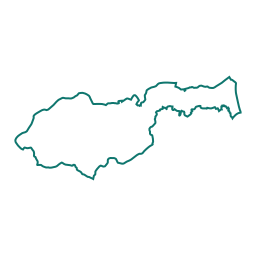 outline of Duy Xuyen, Quàng Nam, Vietnam
{"feature_id": "81297802B11134761285152", "entity_name": "Duy Xuyen", "entity_type": "district", "adm_level": 2, "iso_a3": "VNM", "parent_name": "Vietnam", "parent_adm1": "Quàng Nam", "projection": "mercator", "projection_center": [108.241, 15.795], "detail": "fine", "context": "isolated", "style": "outline", "palette": "teal", "viewbox_px": 256, "rotation_deg": 0, "n_neighbors": 0, "source": "geoboundaries", "source_scale": "gbopen_adm2", "svg_char_len": 5771}
<svg xmlns="http://www.w3.org/2000/svg" viewBox="0 0 256 256"><path d="M18.0,145.5L20.3,147.9L21.4,148.8L22.4,149.3L23.0,149.5L23.9,148.2L24.5,147.6L24.9,147.6L27.1,148.2L28.3,148.1L30.7,147.6L31.0,147.7L31.3,148.0L32.4,149.7L33.6,151.2L33.8,151.7L34.1,153.3L34.0,155.8L34.2,156.3L34.5,156.6L35.4,157.0L35.7,157.5L35.9,158.4L37.6,161.3L37.7,162.3L37.6,163.3L37.2,164.6L37.2,164.8L37.4,165.0L40.5,164.9L41.1,165.0L42.7,166.2L43.6,166.6L45.5,167.3L46.3,167.5L48.5,167.4L49.2,167.7L50.1,167.7L51.5,167.6L55.6,166.7L56.7,166.2L57.5,165.6L58.9,164.4L60.3,163.4L61.7,162.6L62.1,162.7L62.8,163.1L64.1,164.0L65.5,164.6L70.2,165.2L71.8,165.7L72.5,165.6L72.8,165.5L73.2,164.9L74.0,164.8L74.7,165.0L75.0,165.3L75.5,166.8L76.7,167.9L76.9,169.6L77.2,169.9L77.9,170.4L79.7,171.3L80.4,171.7L81.1,172.3L81.6,173.0L82.0,173.8L82.4,174.1L82.8,174.3L83.7,174.4L84.4,174.7L87.6,176.8L89.1,177.0L93.2,179.0L93.8,176.1L94.0,175.6L95.2,174.5L95.3,174.0L95.4,171.5L95.8,170.8L97.1,169.0L99.3,166.5L100.5,165.7L100.9,165.7L101.4,165.8L103.1,166.5L103.9,166.5L104.9,166.3L105.3,165.9L107.3,163.4L107.7,162.7L107.8,162.2L107.8,160.3L108.0,159.4L108.3,159.1L108.9,158.5L110.3,158.0L114.2,158.1L115.0,158.4L115.8,158.8L116.2,159.4L117.6,162.3L117.8,162.6L118.1,162.8L118.8,162.9L122.1,163.7L123.4,163.6L123.9,163.4L126.8,161.6L129.4,160.5L131.2,159.5L136.5,155.4L137.5,154.7L139.3,153.8L140.9,153.8L141.7,153.6L142.5,153.2L144.3,151.0L146.4,149.0L148.5,147.2L150.1,146.0L151.4,145.3L152.4,144.7L152.7,144.2L152.4,143.5L153.0,142.1L153.1,141.7L152.9,138.7L152.3,135.6L152.2,135.3L151.9,135.1L151.3,134.9L150.6,134.6L150.3,134.2L150.0,133.7L150.0,131.5L149.5,130.4L149.4,128.9L149.7,128.3L150.1,127.7L150.7,127.1L151.3,126.8L152.1,126.6L152.6,126.2L155.2,123.3L155.4,122.9L155.4,121.7L155.1,120.1L154.8,119.1L155.3,118.0L155.4,116.5L155.9,116.0L156.7,114.8L156.8,114.4L156.8,114.1L156.6,113.4L156.0,112.4L156.3,111.9L157.0,111.2L158.1,111.0L159.9,110.5L160.0,110.2L159.9,109.8L160.0,109.6L160.3,109.4L162.4,109.0L162.6,108.9L162.8,108.7L162.6,107.1L162.7,106.9L164.2,107.8L164.6,107.7L164.9,107.7L166.6,109.0L166.7,108.9L166.6,107.9L166.7,107.6L167.9,106.5L169.8,106.1L171.1,106.3L172.0,106.8L172.5,106.6L172.6,107.1L172.2,108.3L172.2,109.0L172.3,109.4L172.6,109.8L172.9,110.0L173.6,110.0L173.9,109.7L174.4,109.2L174.5,109.1L176.1,110.3L176.8,110.8L177.8,111.0L178.8,111.0L179.3,111.1L179.5,111.4L179.6,111.9L179.3,113.9L179.2,115.1L179.2,115.3L179.4,115.5L179.6,115.5L179.8,115.4L180.3,114.8L180.7,113.2L181.0,111.5L181.4,110.8L181.6,110.7L182.6,111.4L183.9,111.6L184.1,111.8L184.4,112.7L184.3,114.0L184.4,114.5L184.9,115.3L187.4,116.6L187.6,116.5L190.5,114.4L191.3,113.3L190.9,112.6L191.1,112.3L191.8,111.7L192.1,111.3L192.2,111.2L191.5,110.2L191.5,109.6L191.7,109.4L192.3,109.3L193.5,109.4L194.3,109.2L195.0,108.5L195.7,107.2L196.1,106.8L196.6,106.6L198.9,106.0L199.7,105.9L200.4,106.0L200.6,107.4L200.8,107.7L201.2,107.9L201.8,108.2L202.8,108.4L205.4,108.4L206.1,108.4L206.7,108.6L206.9,108.5L207.2,107.8L207.3,107.8L208.9,108.2L210.5,108.4L211.2,108.4L212.9,107.9L214.6,107.2L214.9,107.2L215.1,107.3L215.9,108.9L216.1,108.9L217.7,108.3L217.9,108.4L219.0,111.1L221.0,109.5L221.4,109.4L221.7,109.4L221.4,108.5L221.4,106.6L222.2,106.5L222.2,105.6L223.6,105.4L223.7,106.0L224.7,105.9L224.9,106.3L225.8,106.3L227.0,108.2L227.8,107.6L228.1,107.5L228.6,108.2L228.8,108.5L228.9,108.9L228.7,109.7L228.4,109.8L228.2,110.1L228.4,110.8L228.5,110.9L229.2,111.0L229.4,111.3L229.7,112.8L229.8,112.9L230.4,113.1L230.5,113.2L230.6,115.3L230.7,115.9L231.1,116.7L231.8,117.0L232.5,118.4L233.1,117.5L233.4,117.2L235.3,115.2L236.6,114.1L237.7,113.5L238.4,113.1L240.6,112.6L240.5,111.5L239.9,110.0L239.0,106.9L237.9,102.1L236.2,94.2L235.9,92.5L235.7,89.7L235.7,87.4L235.8,85.1L236.0,83.7L235.9,83.2L235.8,82.8L235.2,82.2L234.5,81.7L232.3,80.0L231.5,79.7L230.9,79.7L229.3,77.0L225.0,80.2L221.8,82.8L216.3,86.2L214.7,87.3L213.4,87.9L212.2,88.0L209.8,87.8L208.5,87.3L207.7,86.6L207.2,86.5L205.5,86.8L204.1,86.6L201.6,85.7L200.8,85.7L199.9,85.8L198.8,86.4L197.7,87.4L196.8,87.7L194.1,87.8L193.6,87.7L192.5,87.1L191.9,87.0L191.1,87.4L189.7,87.4L188.7,88.0L184.9,89.0L185.3,90.4L184.6,90.8L183.9,89.3L181.0,89.5L178.9,87.9L177.0,87.1L175.4,86.6L176.1,82.9L174.2,83.0L167.7,82.6L165.0,82.6L163.1,82.7L160.0,83.1L158.7,83.5L157.9,84.1L156.3,85.8L155.8,86.2L154.2,86.8L151.3,87.5L148.5,89.0L147.1,90.0L146.7,90.4L146.5,91.0L146.3,92.3L145.9,93.5L144.8,95.2L144.9,97.0L145.3,99.4L145.2,99.8L144.4,100.9L143.3,102.2L141.8,102.5L141.2,102.9L141.0,103.3L140.8,105.6L140.4,105.5L139.9,105.6L139.6,105.8L139.2,105.3L138.7,105.4L137.6,105.4L136.4,104.2L137.4,102.3L138.7,100.7L138.9,100.4L138.8,100.0L137.5,97.8L136.4,96.4L135.6,95.6L135.2,95.3L134.7,95.2L134.0,95.3L133.7,95.5L133.2,96.0L132.1,97.6L131.0,99.7L128.3,98.7L127.4,98.5L126.7,98.6L125.1,99.6L124.0,100.4L122.0,101.7L121.9,100.7L119.0,101.0L118.5,101.2L118.4,101.4L118.4,102.2L118.9,103.0L118.6,103.3L117.7,103.5L116.8,103.5L115.5,103.2L114.7,103.2L113.7,103.0L112.0,103.0L110.3,103.3L108.4,103.3L108.0,103.4L107.5,103.7L105.9,105.1L104.6,104.6L102.0,104.0L98.4,103.9L95.0,104.0L93.4,104.0L93.1,103.7L92.8,103.5L90.3,98.4L89.7,96.9L88.9,95.7L86.7,94.3L85.0,93.5L82.8,92.9L81.6,92.9L80.2,93.0L78.8,93.3L77.2,95.3L75.4,96.2L73.7,97.5L72.5,98.0L71.5,98.4L70.4,98.5L68.2,98.3L65.6,98.3L63.0,97.8L62.6,97.9L61.8,98.2L58.5,99.9L56.5,101.7L53.5,105.0L49.0,108.9L48.1,109.6L47.2,109.9L46.6,110.1L46.3,110.0L44.7,109.6L44.2,109.6L43.5,109.7L42.2,110.1L40.7,110.9L37.1,113.0L35.4,114.1L34.3,115.1L33.8,115.8L33.6,116.2L33.7,117.8L33.6,118.3L32.0,122.7L31.3,124.3L28.8,128.0L27.0,131.0L26.5,131.5L25.3,132.2L23.2,132.8L22.3,133.1L19.3,135.1L17.8,136.3L16.4,137.9L15.7,139.2L15.4,140.0L15.4,140.6L15.5,141.5L15.8,142.4L18.0,145.5Z" fill="none" stroke="#0f766e" stroke-width="2"/></svg>